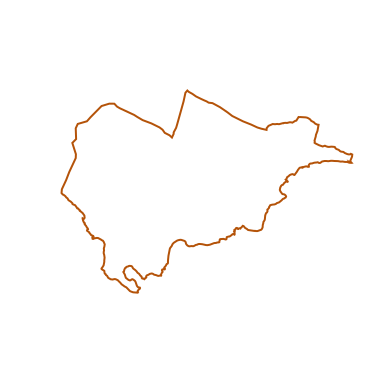 outline of Whitesands, Tafea, Vanuatu, rotated 115°
{"feature_id": "77236927B67758893467366", "entity_name": "Whitesands", "entity_type": "district", "adm_level": 2, "iso_a3": "VUT", "parent_name": "Vanuatu", "parent_adm1": "Tafea", "projection": "equal_earth", "projection_center": [169.437, -19.517], "detail": "fine", "context": "isolated", "style": "outline", "palette": "amber", "viewbox_px": 384, "rotation_deg": 115, "n_neighbors": 0, "source": "geoboundaries", "source_scale": "gbopen_adm2", "svg_char_len": 6001}
<svg xmlns="http://www.w3.org/2000/svg" viewBox="0 0 384 384"><g transform="rotate(115 192 192)"><path d="M99.7,150.6L102.5,151.3L104.2,150.7L105.3,155.8L105.9,160.0L105.9,166.8L106.4,175.6L106.1,187.6L104.8,193.5L103.3,202.5L102.8,211.0L104.0,214.7L103.7,217.1L103.8,219.7L103.8,223.2L103.7,228.7L102.9,233.1L102.6,237.3L102.0,239.1L104.8,239.9L113.6,237.9L137.2,234.0L140.6,233.5L145.7,233.8L147.1,233.2L151.1,233.2L150.1,236.3L149.9,241.7L148.0,245.0L147.2,248.7L147.0,257.8L147.7,267.1L147.1,273.4L146.6,277.0L146.6,292.8L146.3,296.0L144.8,299.7L146.9,304.3L152.3,310.3L167.2,315.6L172.3,317.1L178.6,324.3L183.4,324.3L193.0,319.4L198.1,321.2L206.8,313.2L210.4,311.7L225.8,311.7L234.5,311.1L244.5,311.1L248.1,309.8L248.9,308.1L248.8,307.3L249.3,305.0L250.0,303.8L250.4,302.1L251.6,300.5L252.0,297.7L252.7,295.7L253.4,295.2L253.5,294.3L253.4,293.0L253.4,292.3L254.8,289.8L255.3,289.2L255.3,288.5L255.1,288.4L255.2,288.0L255.6,287.2L256.0,285.9L256.4,285.9L256.6,285.5L256.6,284.7L257.1,283.3L257.1,282.6L258.8,279.6L260.8,278.4L262.2,278.7L262.1,280.0L262.4,279.9L263.5,278.9L264.1,278.6L264.5,277.8L265.4,277.1L265.6,275.9L266.6,275.6L266.8,275.0L267.2,274.5L267.4,273.8L268.6,272.2L269.1,271.0L269.5,270.7L269.6,270.9L270.3,271.0L271.4,270.8L272.0,268.0L272.3,267.7L272.6,267.5L273.0,266.3L273.6,265.5L273.6,262.9L274.0,262.5L274.6,263.2L275.2,263.2L276.4,262.4L276.4,262.0L276.2,261.6L275.8,261.4L275.0,260.5L273.8,258.8L273.4,257.6L273.6,254.2L273.8,253.5L273.8,252.2L274.4,251.1L276.3,249.0L278.7,248.3L280.3,248.1L282.2,247.0L283.6,246.7L284.9,246.1L286.1,245.0L288.4,243.5L291.3,242.5L292.3,242.0L295.9,241.1L298.3,241.4L299.5,241.7L299.9,241.5L300.1,241.3L300.2,240.7L300.5,238.2L302.6,236.8L302.9,236.3L303.0,235.4L303.6,234.9L303.9,233.4L305.0,232.0L305.3,231.2L305.3,230.0L305.5,229.1L305.3,228.3L304.8,226.8L304.3,226.3L303.6,225.3L303.3,224.3L303.3,222.0L303.9,220.5L304.4,218.9L305.4,216.8L305.9,214.0L306.1,213.4L306.1,212.1L306.2,211.1L308.0,206.4L308.0,205.2L307.8,203.0L306.2,198.7L305.6,198.6L305.1,199.3L304.7,199.4L303.1,199.1L301.6,198.4L301.0,198.5L300.7,198.8L301.1,200.5L300.9,201.2L300.3,202.3L297.3,205.2L296.7,206.1L296.5,206.8L296.2,208.2L296.3,209.3L297.0,209.9L298.0,210.4L298.4,210.9L298.5,212.5L297.7,215.7L297.1,216.3L295.2,218.0L293.5,220.4L292.7,220.1L290.9,220.5L289.3,220.5L288.7,220.0L287.6,219.8L286.4,218.4L285.7,217.9L285.3,217.3L284.8,215.9L284.8,215.1L285.2,214.3L285.9,213.5L286.3,212.6L286.7,210.5L287.3,208.8L288.2,207.2L288.5,205.4L289.6,203.5L289.9,202.2L290.4,201.6L291.0,201.3L291.4,200.6L291.3,200.0L290.8,199.1L291.1,198.8L291.2,198.4L289.2,197.5L288.6,197.4L288.4,197.7L287.6,197.9L286.7,197.7L285.4,196.5L284.0,195.6L282.9,194.1L282.7,193.3L282.7,192.6L282.9,191.8L282.9,191.2L282.5,189.4L282.4,187.5L282.0,186.6L281.1,185.6L281.0,184.7L280.9,184.6L280.7,184.6L280.1,185.2L278.2,185.2L276.8,184.9L276.0,185.9L275.5,186.2L274.9,186.2L274.4,185.7L274.0,184.5L273.7,184.3L273.5,184.0L273.0,184.1L272.7,184.5L272.6,185.1L272.1,185.2L270.1,184.6L268.1,184.5L267.1,183.8L266.5,183.8L264.5,184.7L259.7,186.4L252.8,188.1L251.8,188.1L249.7,187.6L247.5,187.6L245.8,187.1L242.4,185.0L241.5,184.1L240.3,182.5L239.9,181.4L239.5,178.1L239.8,177.0L240.3,176.4L241.4,175.6L241.9,174.8L242.4,173.6L242.5,172.7L242.5,172.2L242.4,171.5L241.1,169.4L240.7,168.1L240.1,167.4L238.4,166.2L237.5,165.0L236.8,164.5L236.3,163.9L235.9,163.2L235.0,160.7L234.2,157.0L233.7,155.6L232.2,153.5L228.9,150.3L228.0,148.7L227.1,147.8L226.5,146.7L226.0,146.1L225.6,146.3L224.1,146.4L223.5,146.7L223.1,146.7L222.6,146.2L221.2,143.7L220.8,141.4L220.3,140.9L220.1,140.9L218.2,141.4L216.9,140.0L216.4,139.1L214.3,137.9L213.4,137.6L212.4,136.8L212.4,136.3L212.7,136.1L212.7,135.5L212.1,135.5L211.0,136.3L210.1,136.5L209.8,137.3L209.5,137.3L209.1,136.8L208.8,136.9L208.3,137.5L207.3,136.9L206.1,136.8L205.6,136.2L205.6,135.7L206.0,135.3L206.1,134.6L206.0,134.4L205.5,134.3L204.9,133.8L204.7,132.7L203.9,132.7L203.2,132.2L201.2,131.7L201.1,130.8L202.1,128.7L202.3,126.6L202.7,125.3L202.6,124.6L200.9,118.9L200.6,118.6L200.4,117.5L199.7,116.1L196.9,113.3L195.6,113.0L194.1,113.1L192.0,113.9L190.2,114.2L189.0,114.6L186.9,114.3L185.8,114.5L182.4,115.7L181.1,115.9L179.7,115.9L179.0,115.5L177.8,115.4L176.8,115.8L176.4,116.2L175.9,116.2L175.4,115.9L173.8,115.5L173.1,115.8L172.6,115.6L171.2,115.6L170.9,115.5L170.0,114.5L169.1,113.2L168.7,112.4L167.6,111.1L166.2,110.4L164.6,108.7L161.7,107.3L160.1,106.8L159.4,106.3L158.8,105.6L158.2,105.4L157.4,104.8L156.3,104.8L155.6,105.6L155.2,106.9L155.2,107.6L155.6,109.0L155.5,109.6L154.1,112.1L153.0,113.3L150.6,113.9L148.6,113.8L147.7,113.4L146.9,112.6L144.7,112.2L143.8,111.6L143.0,111.5L142.5,111.1L142.6,110.7L142.4,109.7L142.0,109.7L141.1,112.3L140.1,111.8L139.3,112.0L138.2,112.0L137.2,111.3L135.4,110.6L134.4,109.8L133.4,108.6L133.2,107.9L133.4,107.1L133.2,106.3L129.3,105.5L127.1,105.3L124.6,104.7L123.2,103.0L123.5,102.9L123.4,102.3L123.2,102.0L122.2,101.5L120.8,99.8L120.4,99.1L120.2,97.6L119.9,97.2L119.8,96.8L119.5,96.8L118.6,97.5L117.8,97.5L116.7,97.2L115.9,96.3L115.4,95.3L113.8,93.6L112.5,91.4L111.9,90.6L112.0,89.3L111.7,88.5L111.3,88.0L109.4,87.0L107.9,85.0L107.2,83.5L106.5,81.5L104.9,79.1L104.4,77.9L103.7,76.0L102.3,72.7L101.6,70.0L100.8,68.6L100.1,66.1L99.3,64.3L99.1,63.5L99.0,61.9L98.9,61.6L98.5,61.7L98.3,62.0L98.4,60.2L98.1,59.7L97.5,61.1L96.9,61.7L92.3,61.9L90.3,62.6L90.3,64.2L91.0,64.5L91.7,65.9L92.0,67.3L92.1,70.0L91.7,71.7L92.4,74.0L92.4,75.0L91.8,76.9L92.0,79.3L91.7,80.5L91.0,81.2L91.0,82.2L92.0,84.9L92.9,86.3L93.6,87.7L93.9,89.6L93.9,91.1L95.5,92.8L95.9,96.6L95.8,100.7L95.6,101.7L94.1,102.2L93.6,102.7L89.4,103.3L87.9,103.8L83.6,104.1L77.6,105.7L78.0,107.0L78.0,108.6L77.9,109.6L77.3,111.0L77.1,114.1L76.3,115.6L76.0,117.5L76.0,119.2L76.4,120.7L78.3,125.5L78.8,126.4L79.0,127.1L83.2,127.6L83.9,128.5L86.7,130.3L87.0,131.7L87.5,132.9L89.3,135.1L89.7,136.3L90.6,137.9L91.2,138.4L91.2,138.7L93.7,141.7L94.1,142.7L94.3,143.5L95.5,145.4L96.3,147.6L99.7,150.6Z" fill="none" stroke="#b45309" stroke-width="2"/></g></svg>